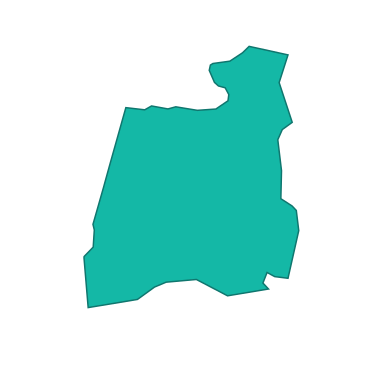 outline of Essex, New Jersey, United States of America, rotated 250°
{"feature_id": "52423323B34984401006879", "entity_name": "Essex", "entity_type": "district", "adm_level": 2, "iso_a3": "USA", "parent_name": "United States of America", "parent_adm1": "New Jersey", "projection": "equal_earth", "projection_center": [-74.229, 40.792], "detail": "fine", "context": "isolated", "style": "filled", "palette": "teal", "viewbox_px": 384, "rotation_deg": 250, "n_neighbors": 0, "source": "geoboundaries", "source_scale": "gbopen_adm2", "svg_char_len": 734}
<svg xmlns="http://www.w3.org/2000/svg" viewBox="0 0 384 384"><g transform="rotate(250 192 192)"><path d="M78.1,252.7L119.2,279.1L139.0,283.7L144.6,281.3L155.3,273.2L181.4,283.4L211.8,290.5L219.8,298.2L223.2,310.0L265.0,311.3L288.0,329.1L309.3,295.5L305.5,287.0L302.0,272.3L305.6,255.6L305.0,252.7L300.4,249.8L287.3,250.6L282.6,253.1L278.6,258.8L271.0,259.9L265.4,257.0L261.8,242.8L266.9,225.0L277.6,205.9L278.3,197.8L286.7,183.4L285.4,175.7L293.9,158.7L246.9,124.9L233.3,115.2L226.8,110.6L195.5,87.9L189.7,87.2L174.0,80.3L168.3,68.6L167.1,68.0L118.9,54.9L109.7,104.0L115.5,124.3L116.1,136.9L108.3,166.2L82.3,189.9L74.7,230.7L82.2,227.5L90.7,235.0L84.2,240.8L78.1,252.7Z" fill="#14b8a6" stroke="#0f766e" stroke-width="1.5"/></g></svg>